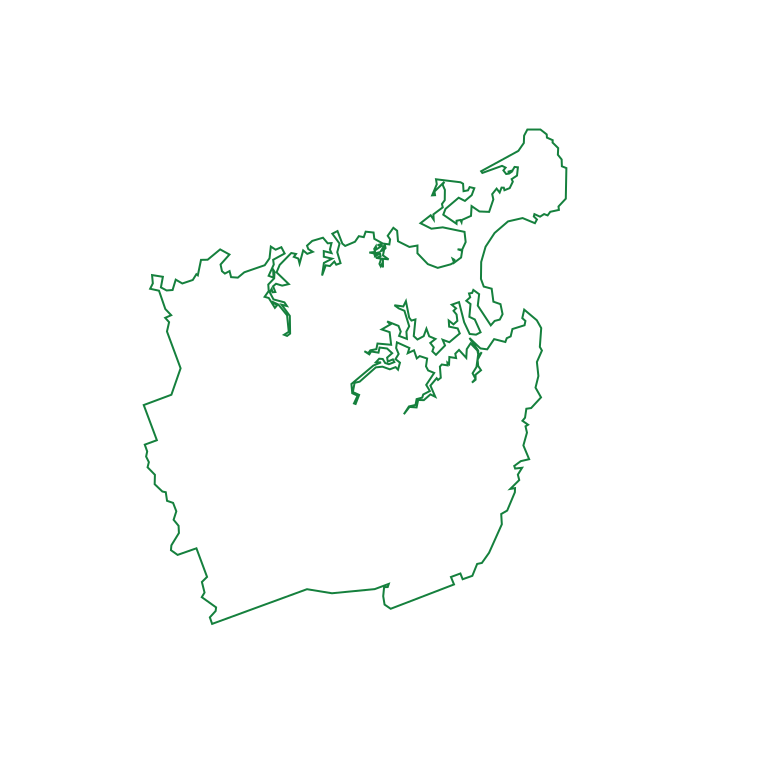 outline of Sutherland, New South Wales, Australia, rotated 330°
{"feature_id": "25037944B61744382554137", "entity_name": "Sutherland", "entity_type": "district", "adm_level": 2, "iso_a3": "AUS", "parent_name": "Australia", "parent_adm1": "New South Wales", "projection": "orthographic", "projection_center": [151.117, -34.072], "detail": "fine", "context": "isolated", "style": "outline", "palette": "green", "viewbox_px": 768, "rotation_deg": 330, "n_neighbors": 0, "source": "geoboundaries", "source_scale": "gbopen_adm2", "svg_char_len": 6166}
<svg xmlns="http://www.w3.org/2000/svg" viewBox="0 0 768 768"><g transform="rotate(330 384 384)"><path d="M115.2,505.8L214.7,523.2L234.3,539.2L273.4,557.0L288.2,559.5L285.7,561.7L282.5,560.0L277.2,567.4L274.2,575.3L277.4,582.0L344.4,592.6L345.5,584.6L355.4,586.3L354.5,592.4L364.6,594.3L374.7,586.4L379.3,587.9L390.6,582.7L415.9,564.4L420.5,555.2L427.4,555.2L443.2,543.2L445.4,539.7L440.9,538.0L453.1,534.8L454.6,529.4L461.7,525.6L455.3,522.8L455.8,520.1L463.9,519.2L472.1,521.7L474.0,506.9L483.5,497.6L485.4,491.4L488.4,491.3L485.5,485.1L489.3,483.7L494.9,476.6L499.4,478.4L513.3,474.1L513.4,462.9L521.7,454.3L527.4,441.4L537.5,434.0L537.5,429.8L548.1,414.2L548.2,405.2L542.6,389.7L536.7,396.1L538.0,400.1L535.1,403.4L522.7,400.6L517.5,406.1L513.2,405.7L510.1,408.3L501.8,400.2L490.7,405.6L485.3,401.4L481.0,386.9L482.3,402.1L479.9,406.9L484.5,405.3L477.2,409.8L474.6,415.4L474.9,420.6L468.0,421.7L465.4,426.1L460.9,426.8L465.8,425.3L466.1,419.0L472.6,415.5L480.4,405.4L481.6,401.8L479.3,392.1L473.1,395.2L468.3,402.5L466.0,392.0L460.9,393.4L459.4,397.6L454.1,393.3L450.3,399.3L449.6,397.2L448.4,399.7L443.8,396.0L441.1,396.9L436.3,407.0L432.8,407.5L432.5,405.3L423.4,408.6L422.0,420.7L419.0,416.2L410.4,417.9L405.6,414.9L400.5,420.6L394.6,416.6L386.1,420.1L394.4,415.9L400.8,417.9L404.7,413.4L410.3,414.9L412.7,412.7L420.2,413.0L420.1,405.9L433.0,399.5L429.0,394.3L429.2,389.7L434.1,383.5L428.9,377.7L425.2,378.2L426.8,369.8L420.0,369.2L424.0,365.5L416.0,354.4L412.5,358.9L411.7,365.3L406.4,368.2L408.5,373.5L403.3,378.6L402.5,375.2L396.4,374.2L391.3,368.2L385.2,365.5L364.1,369.8L359.1,368.3L353.0,375.4L357.0,381.0L349.4,387.1L348.3,385.8L355.3,380.9L351.9,376.1L355.8,367.7L384.0,362.7L392.2,363.8L387.9,361.1L392.5,359.7L395.4,361.7L395.5,366.4L398.1,369.3L403.9,370.2L404.0,367.1L398.5,366.5L399.9,362.7L406.5,361.4L404.4,354.8L398.4,350.2L394.9,354.1L389.1,349.4L386.1,351.0L383.4,345.8L385.8,349.4L389.0,348.0L394.8,350.0L398.6,345.7L409.8,353.6L414.8,341.9L409.3,335.6L419.4,335.6L418.1,331.4L425.6,340.9L424.7,347.0L421.1,349.9L426.4,356.4L429.6,349.8L434.7,346.6L438.3,330.8L434.6,325.9L432.4,321.0L439.5,326.5L444.4,323.2L439.0,339.1L439.5,342.8L443.5,343.8L433.7,357.4L435.2,362.2L442.3,362.4L448.4,357.3L447.0,365.3L451.1,370.7L444.6,371.6L445.4,377.1L442.2,379.9L443.6,384.7L456.1,381.2L456.9,375.0L461.5,380.5L474.9,378.1L475.6,372.7L469.1,366.9L471.8,361.4L474.0,367.1L479.1,366.0L481.6,360.1L480.8,355.4L484.2,354.5L482.3,349.2L489.9,350.6L484.3,370.6L483.2,383.5L488.4,387.3L493.5,387.5L494.9,373.5L491.5,368.5L498.9,358.0L496.9,353.1L502.0,352.0L502.9,348.1L505.9,349.2L508.4,347.2L511.3,353.8L504.4,363.0L505.8,386.6L511.4,384.7L516.5,386.1L521.6,382.8L524.8,373.1L519.9,367.4L524.9,355.3L519.1,349.5L520.5,341.5L529.2,326.9L540.6,315.9L555.3,308.5L572.7,305.2L587.0,309.6L595.1,320.2L598.7,318.0L597.5,313.8L599.2,312.1L602.8,317.1L607.6,316.9L610.0,319.8L614.1,318.0L622.5,320.7L623.9,317.5L634.1,314.4L649.9,288.2L646.9,284.4L650.1,278.4L649.2,272.4L652.8,266.8L650.7,259.2L652.0,257.2L648.3,252.1L649.7,249.2L646.7,241.8L635.4,235.3L629.5,239.0L625.6,245.2L616.9,249.3L574.5,248.3L574.7,250.4L595.3,254.1L597.5,257.4L594.2,258.7L594.8,263.2L597.5,264.3L599.8,264.1L597.3,262.1L602.1,263.3L605.6,261.3L608.3,263.3L603.4,270.0L597.0,270.4L596.7,273.2L590.8,277.2L585.2,276.4L585.9,273.9L584.0,272.7L579.9,276.0L579.2,271.1L572.6,273.7L571.0,278.8L561.1,287.5L552.9,282.3L548.8,273.7L543.4,281.9L533.5,280.9L532.0,282.7L532.2,280.2L528.5,278.9L526.9,281.5L520.0,267.0L524.8,263.1L541.8,260.0L545.6,265.9L554.4,264.3L560.1,259.6L556.6,256.3L553.6,258.3L549.3,256.8L552.6,250.1L551.2,247.6L531.4,232.7L529.6,237.4L520.0,244.7L522.6,246.0L523.9,242.6L537.3,239.1L534.4,240.7L533.8,246.3L528.5,255.2L524.2,257.1L523.2,260.4L511.6,261.8L509.2,266.5L508.8,261.2L496.0,263.0L502.7,273.2L513.2,277.7L529.8,292.5L525.7,301.9L518.8,306.8L515.1,304.1L518.3,307.7L514.0,313.0L505.6,314.0L507.1,311.7L506.1,309.9L505.4,313.8L501.6,313.7L488.6,310.3L481.9,302.1L478.3,287.5L482.2,280.8L474.5,278.0L467.5,267.4L472.0,257.8L470.2,253.4L461.3,257.5L461.6,261.8L458.4,265.8L454.7,262.9L453.3,267.1L451.5,267.6L452.9,264.6L447.8,267.3L451.1,267.9L447.4,272.1L450.3,278.4L445.7,275.0L441.4,282.5L442.4,278.9L440.0,280.5L440.1,277.7L444.2,274.1L440.1,270.7L444.8,271.8L445.7,269.4L442.0,268.8L445.5,267.5L441.9,266.4L439.9,270.1L440.7,265.9L437.0,262.8L442.3,265.2L443.1,262.1L445.8,260.7L444.5,263.6L451.0,263.3L447.9,260.5L453.3,261.9L448.2,253.4L450.7,247.6L444.3,242.9L439.9,246.7L436.1,243.4L430.0,246.3L419.4,245.0L418.1,241.6L420.2,228.3L414.4,228.0L415.7,240.2L409.4,246.5L406.8,257.6L402.3,256.8L402.2,253.1L396.1,254.8L392.9,252.1L384.6,259.1L392.5,249.1L401.7,249.5L395.5,243.7L398.3,238.8L404.0,244.4L404.4,240.5L409.0,235.7L405.6,234.0L404.3,226.8L393.4,224.2L386.5,225.7L385.9,229.3L388.4,233.9L382.6,232.9L380.8,227.9L371.1,237.5L372.5,232.5L369.5,228.8L372.8,227.4L369.2,224.2L353.2,228.7L346.8,233.6L351.5,249.9L345.0,247.9L340.6,243.2L336.8,243.9L335.9,250.0L333.3,248.8L334.2,245.5L330.9,247.4L330.6,255.5L338.6,263.5L338.9,267.9L335.0,264.2L336.5,277.9L327.9,293.4L324.1,293.9L322.1,291.4L327.6,291.2L334.4,276.1L332.3,262.5L328.1,256.5L330.7,262.4L327.6,263.5L327.2,251.9L324.2,248.8L330.7,245.8L333.5,240.0L341.7,237.6L345.3,232.1L345.2,229.5L341.5,236.6L338.2,232.6L348.3,225.4L350.1,221.0L363.2,221.3L363.5,214.2L357.3,213.5L354.7,208.4L347.7,217.9L340.1,221.5L318.9,217.4L310.6,218.8L305.0,215.0L306.7,209.0L301.4,208.8L300.1,205.3L302.2,198.8L314.9,194.6L309.4,185.5L293.4,188.2L287.6,185.0L277.1,196.8L276.4,195.1L270.4,198.3L259.6,196.1L255.8,189.5L247.9,196.9L242.5,194.3L239.1,188.8L246.1,180.6L237.6,173.7L234.1,181.3L229.1,184.6L235.8,190.7L232.1,209.7L234.1,218.0L227.6,217.3L228.8,223.0L222.3,230.0L215.7,268.7L194.5,287.0L165.4,282.1L159.2,319.1L146.5,316.9L145.2,324.0L141.7,327.9L141.3,334.1L137.6,337.9L140.2,348.1L135.3,356.1L138.3,366.3L140.9,368.6L137.7,376.7L141.9,381.5L140.5,390.4L133.9,396.4L135.2,404.1L131.9,410.5L119.2,417.4L116.4,421.4L119.8,428.8L139.4,432.5L134.3,462.6L127.3,464.4L124.3,474.9L119.6,477.5L126.9,493.5L124.7,496.4L116.5,499.0L115.2,505.8Z" fill="none" stroke="#15803d" stroke-width="2"/></g></svg>